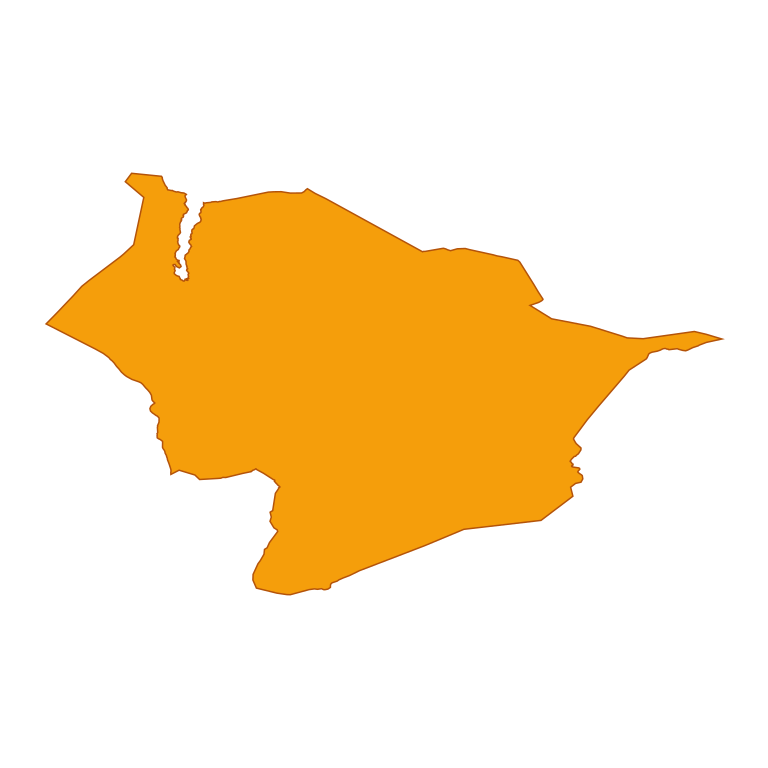 outline of Odda nor, Hordaland, Norway
{"feature_id": "86288312B11299132347208", "entity_name": "Odda nor", "entity_type": "district", "adm_level": 2, "iso_a3": "NOR", "parent_name": "Norway", "parent_adm1": "Hordaland", "projection": "natural_earth1", "projection_center": [6.638, 59.946], "detail": "fine", "context": "isolated", "style": "filled", "palette": "amber", "viewbox_px": 768, "rotation_deg": 0, "n_neighbors": 0, "source": "geoboundaries", "source_scale": "gbopen_adm2", "svg_char_len": 6090}
<svg xmlns="http://www.w3.org/2000/svg" viewBox="0 0 768 768"><path d="M131.6,173.3L125.3,181.7L143.8,197.4L133.7,244.7L123.6,254.1L120.0,257.1L89.0,280.5L81.8,286.3L73.2,295.8L57.2,312.6L46.1,323.9L95.5,349.1L103.3,353.4L108.9,357.6L110.3,359.4L112.0,360.7L114.0,362.8L116.6,366.4L119.0,369.0L121.5,372.2L124.4,374.8L126.5,376.4L131.9,379.4L138.8,381.8L140.8,382.7L142.6,384.2L145.7,387.9L147.6,389.8L149.8,392.4L151.4,395.3L151.9,399.1L152.1,400.1L153.2,401.5L154.8,403.0L154.1,403.7L153.0,404.3L150.8,406.3L149.9,408.7L150.5,411.0L152.3,412.8L156.4,415.7L157.4,416.1L159.1,418.1L159.0,422.2L157.5,425.8L157.7,426.3L157.4,427.2L157.7,432.7L157.0,433.7L157.3,434.6L157.3,435.1L157.1,435.3L157.2,436.6L157.1,437.0L157.3,437.9L158.8,438.9L160.2,439.5L162.5,441.3L162.6,441.7L162.5,447.3L163.1,448.7L164.1,450.0L164.8,451.3L165.2,453.3L166.4,455.5L166.7,456.9L167.2,457.9L167.5,459.8L169.0,463.6L170.3,467.6L170.9,469.6L171.0,471.1L170.8,472.5L170.9,474.4L179.1,470.2L194.9,475.0L199.6,479.5L218.2,478.4L220.8,478.2L222.8,477.4L225.8,477.5L242.7,473.4L250.4,471.8L250.5,471.6L250.9,471.8L251.7,471.3L252.5,470.4L254.7,469.6L255.7,468.8L256.0,468.8L256.6,469.5L263.6,473.3L273.5,479.7L274.6,480.0L274.8,480.4L274.4,481.3L274.8,481.8L275.5,482.4L275.8,483.0L276.5,483.5L277.6,484.9L279.9,486.8L279.9,487.1L278.6,487.9L278.7,488.4L275.4,493.3L272.7,510.6L270.1,512.2L271.3,517.1L270.0,521.3L273.9,527.8L277.2,529.9L277.7,531.5L269.5,542.5L267.1,547.8L264.5,549.4L264.0,554.2L260.3,560.6L258.0,563.7L253.1,574.4L252.9,580.0L256.4,588.1L276.7,593.1L286.8,594.6L290.3,594.7L309.1,589.6L314.4,588.9L317.5,589.3L321.5,588.7L323.5,589.6L324.9,589.7L327.9,589.1L330.4,587.4L330.5,584.9L330.7,584.2L332.1,582.8L337.2,581.1L338.8,579.9L343.3,577.9L349.4,575.6L359.4,570.7L424.6,545.7L463.9,529.3L541.0,520.4L572.9,496.2L570.6,487.2L575.6,483.4L581.0,482.2L582.8,478.9L582.3,475.7L581.7,475.0L579.3,473.4L577.9,472.2L577.8,471.8L578.4,470.8L579.8,469.3L579.6,468.4L578.8,467.9L573.4,467.1L571.9,466.6L571.6,466.2L571.6,465.9L573.0,465.0L573.0,464.1L572.0,463.7L571.7,463.2L571.5,462.4L570.4,461.7L570.1,461.2L571.7,459.0L574.2,456.5L575.6,456.2L576.7,455.0L578.4,453.8L580.9,449.9L581.0,448.0L576.2,443.6L575.1,441.9L573.5,439.0L573.9,437.7L587.3,419.7L598.5,406.2L624.4,376.0L629.1,370.1L646.0,359.1L646.5,358.7L647.4,357.1L648.7,354.0L649.9,353.1L652.0,352.2L657.2,351.2L660.1,350.2L662.9,348.8L664.7,348.5L665.4,348.5L666.9,349.1L668.2,349.2L668.9,349.7L677.2,348.7L679.0,349.4L682.7,350.4L685.7,350.8L687.9,350.0L692.8,347.6L698.3,345.8L699.3,345.1L706.4,342.4L721.9,339.0L706.2,334.3L694.3,331.5L643.2,338.7L627.2,337.9L622.7,336.3L590.6,326.3L551.6,318.8L530.0,305.4L538.9,302.3L541.6,300.8L542.8,299.7L543.0,299.2L538.3,292.0L533.9,284.6L519.8,262.1L517.8,260.3L501.6,256.7L497.0,255.9L493.1,254.8L469.4,249.6L465.2,248.5L457.3,248.8L450.5,250.7L447.4,249.7L446.0,249.0L443.6,248.3L442.5,248.4L425.2,251.4L423.5,251.4L422.6,251.8L325.9,198.7L315.1,193.4L307.4,188.7L305.9,189.8L304.2,191.6L301.6,193.0L290.3,193.1L281.2,191.7L273.7,191.8L268.3,192.1L237.0,198.5L223.1,200.8L220.5,201.5L219.7,201.4L217.8,202.0L216.0,201.6L211.8,201.9L210.7,202.4L206.1,202.8L205.0,203.2L203.6,202.7L203.7,203.4L203.4,204.0L203.6,204.3L203.9,205.1L203.8,205.7L203.0,207.1L202.0,207.7L201.3,209.0L200.8,209.3L200.7,209.8L201.0,210.1L200.8,210.8L201.0,211.3L200.9,212.4L200.7,212.8L199.6,213.4L199.2,214.3L199.4,215.3L199.9,216.4L200.5,217.1L200.5,217.7L200.9,218.2L200.8,218.7L201.2,219.4L200.9,220.1L201.0,220.7L200.2,222.0L199.7,222.2L199.4,222.6L198.8,222.7L197.3,223.5L194.4,225.9L194.1,227.6L193.6,228.8L192.8,229.0L191.9,230.0L191.8,231.6L192.1,233.2L191.6,233.9L191.0,234.1L190.7,235.3L191.1,236.1L191.1,236.5L190.2,237.0L191.0,238.1L190.8,238.3L191.1,238.6L191.2,239.3L189.3,240.4L188.9,241.8L189.0,241.8L189.1,242.8L189.9,244.0L191.1,245.3L191.1,246.2L191.2,246.5L191.4,246.6L190.6,247.5L190.0,248.9L189.2,249.6L188.9,250.4L189.0,251.4L188.5,252.2L187.7,253.3L186.6,254.0L186.2,254.6L185.4,254.9L185.1,255.5L185.2,256.2L184.8,257.3L184.8,258.1L184.5,258.7L185.3,259.8L186.0,261.3L186.1,264.2L186.9,266.1L186.7,266.2L186.9,266.6L187.1,268.1L187.7,268.8L187.3,269.3L186.9,269.4L186.6,270.2L187.3,271.3L188.6,272.7L188.7,273.6L188.2,274.1L188.1,274.8L188.3,275.3L188.3,276.1L188.6,276.7L188.2,277.4L188.1,277.8L188.5,278.3L187.1,278.6L187.7,279.4L187.9,280.1L187.7,280.4L186.8,280.3L187.1,279.9L187.2,279.5L186.9,279.1L186.6,279.1L185.1,279.2L184.7,280.5L184.0,281.1L183.0,280.9L182.7,280.4L180.4,279.5L180.4,278.8L179.8,278.0L179.1,276.4L177.5,276.0L176.0,275.2L174.3,273.7L174.2,272.6L175.1,270.8L175.1,270.2L174.8,270.0L174.4,269.2L174.9,267.7L174.7,267.2L173.4,265.9L172.9,265.1L173.8,264.5L175.1,264.5L175.9,265.7L176.6,266.4L176.5,266.5L179.4,267.9L181.0,266.6L180.8,266.4L180.8,265.3L179.3,263.6L179.3,263.3L178.7,263.1L178.7,262.7L178.9,262.5L178.8,262.3L178.0,262.0L177.5,261.6L178.0,261.2L179.0,261.3L179.1,260.5L177.4,260.1L176.1,258.9L175.6,257.5L174.8,256.9L175.3,256.0L175.1,255.6L175.3,255.4L175.2,254.5L175.4,254.0L175.0,253.4L176.4,250.8L178.3,249.5L179.1,247.7L179.6,247.2L179.8,246.4L179.6,245.7L179.1,245.5L178.0,243.5L177.9,242.6L177.6,241.8L177.8,241.6L177.9,240.6L178.1,240.2L177.9,238.9L178.1,238.6L177.3,237.9L177.7,237.2L177.5,236.5L178.0,235.5L179.9,233.5L180.5,232.4L179.9,229.5L179.9,228.7L180.0,228.1L179.6,227.5L179.9,226.3L179.7,224.1L180.5,222.0L181.1,221.3L181.1,220.3L181.7,219.9L181.3,219.4L181.4,218.4L182.4,217.6L183.0,217.4L183.4,216.6L183.6,216.0L183.2,215.6L183.4,215.4L183.4,214.4L186.5,212.8L187.3,211.1L187.3,210.7L187.9,210.1L188.3,209.9L188.3,209.3L187.7,208.2L186.7,207.4L186.5,206.5L185.1,205.3L185.1,204.8L184.6,204.1L184.9,204.0L184.4,203.3L184.7,203.1L184.8,202.7L185.5,202.4L185.7,201.9L185.6,201.6L186.3,201.1L186.5,200.3L186.5,199.8L185.3,197.3L185.0,195.8L185.2,195.4L186.1,194.8L186.4,194.4L183.9,193.0L181.1,192.7L178.0,191.8L176.4,192.0L173.4,191.1L172.5,190.5L171.2,190.5L167.7,189.8L167.1,188.6L167.2,187.9L165.9,186.1L165.4,185.7L162.9,180.5L162.3,178.4L162.3,177.6L161.5,176.3L131.6,173.3Z" fill="#f59e0b" stroke="#b45309" stroke-width="1.5"/></svg>